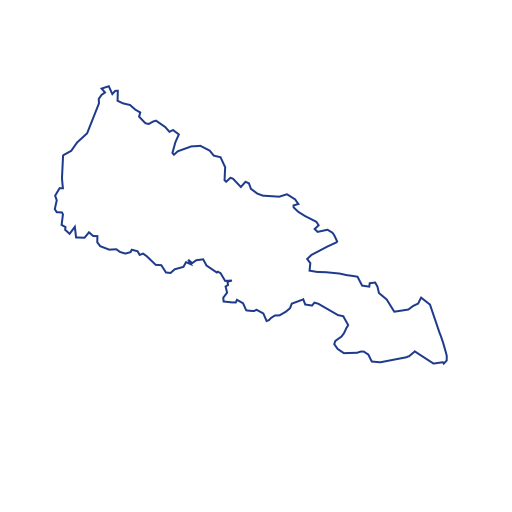 Guaynabo, Puerto Rico (Robinson projection), rotated 120°
{"feature_id": "32010507B75781996269938", "entity_name": "Guaynabo", "entity_type": "district", "adm_level": 2, "iso_a3": "PRI", "parent_name": "Puerto Rico", "parent_adm1": "", "projection": "robinson", "projection_center": [-66.113, 18.359], "detail": "fine", "context": "isolated", "style": "outline", "palette": "blue", "viewbox_px": 512, "rotation_deg": 120, "n_neighbors": 0, "source": "geoboundaries", "source_scale": "gbopen_adm2", "svg_char_len": 2767}
<svg xmlns="http://www.w3.org/2000/svg" viewBox="0 0 512 512"><g transform="rotate(120 256 256)"><path d="M211.1,81.0L209.5,92.2L216.1,91.8L220.8,95.0L226.2,97.3L235.1,108.4L228.3,121.1L226.6,131.0L221.8,135.5L219.4,139.5L222.7,143.9L225.9,142.6L228.6,149.3L223.2,157.7L224.5,161.2L225.8,164.5L227.3,168.1L229.4,174.8L235.2,187.6L239.2,195.0L241.9,202.3L235.0,205.4L233.0,210.2L227.3,208.5L220.7,204.3L212.1,198.9L203.9,193.1L202.8,193.0L198.8,198.8L197.6,201.5L197.5,207.2L204.3,214.7L203.3,218.7L198.1,217.1L196.2,220.8L196.9,233.4L196.6,241.5L195.1,247.7L193.4,248.8L189.8,245.3L187.4,250.5L187.1,258.0L187.1,260.1L193.0,265.5L200.3,280.2L201.3,286.1L200.4,293.9L196.6,298.5L197.0,302.2L203.8,303.6L200.6,314.5L201.0,317.2L206.6,319.0L206.1,321.1L199.8,324.4L194.5,327.1L193.0,329.3L188.2,336.1L190.2,342.8L187.9,348.7L188.4,359.3L190.5,362.3L193.4,366.8L204.4,376.1L209.3,377.7L208.5,379.9L197.8,382.7L189.3,383.6L188.4,390.8L191.7,393.1L189.7,399.1L188.8,410.3L191.1,412.4L195.3,414.9L196.3,418.1L195.8,420.0L193.8,426.9L189.6,428.0L189.6,433.7L188.2,440.6L190.3,447.4L190.8,453.5L182.0,458.3L183.4,460.5L187.6,461.4L182.6,468.4L188.2,473.4L189.9,468.5L193.6,470.3L198.6,470.7L202.4,468.3L234.2,463.6L247.1,467.7L257.3,468.6L264.6,473.0L265.5,473.3L285.1,463.2L287.3,461.8L293.9,457.1L295.5,460.0L304.2,460.1L307.4,456.4L316.0,453.7L317.7,450.5L315.3,445.8L316.5,444.0L326.3,439.9L326.2,435.5L328.7,434.4L330.0,428.5L321.3,427.5L329.9,421.1L325.9,413.6L319.0,412.5L320.1,407.0L318.1,403.3L323.5,400.3L325.4,395.8L323.9,386.3L320.0,380.3L320.5,375.7L319.2,370.3L315.4,366.6L312.7,366.7L311.1,361.0L313.2,357.3L310.4,355.0L310.8,350.7L313.8,338.4L311.3,333.4L315.3,325.7L313.4,321.5L308.2,319.8L301.7,313.4L296.3,313.5L295.7,308.4L293.1,312.8L294.1,307.7L289.5,305.6L285.3,300.1L289.0,294.1L289.9,281.7L288.7,281.3L288.6,278.1L293.0,270.3L289.3,264.6L292.7,267.8L295.1,265.7L297.6,267.1L302.2,262.7L308.5,263.5L311.6,261.3L309.0,255.5L308.9,255.0L306.4,250.3L303.5,250.6L303.4,243.6L307.8,237.5L307.9,237.1L305.8,232.4L304.6,230.2L302.3,228.6L302.1,220.9L307.0,214.3L305.2,212.8L302.1,212.0L298.1,209.9L297.0,208.1L295.6,205.9L289.3,202.3L284.5,200.5L282.5,200.7L279.4,201.2L270.1,193.5L269.9,193.4L273.4,189.1L270.9,182.7L267.2,182.1L266.2,178.2L266.2,155.5L264.5,150.2L264.8,149.9L269.7,141.7L270.7,141.6L273.1,141.7L278.9,141.2L283.1,141.7L287.8,143.9L289.9,144.8L293.2,144.2L295.7,138.8L296.2,131.3L289.2,120.0L286.3,117.4L284.9,114.8L285.2,109.4L289.5,103.0L287.6,98.8L285.9,95.2L274.7,82.3L268.5,75.1L267.0,74.1L266.5,73.4L260.2,71.1L259.2,70.8L259.5,66.1L260.4,48.5L254.6,41.1L255.3,39.6L251.2,38.6L247.4,40.7L247.0,41.0L244.6,43.3L241.0,47.0L236.9,51.3L232.9,55.9L230.7,58.7L212.0,80.0L211.1,81.0Z" fill="none" stroke="#1e3a8a" stroke-width="2"/></g></svg>